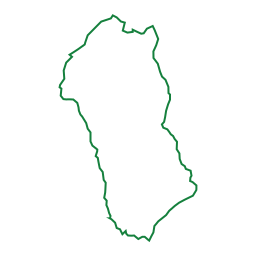 outline of Amargeti, Paphos, Cyprus
{"feature_id": "46923920B2584944489966", "entity_name": "Amargeti", "entity_type": "district", "adm_level": 2, "iso_a3": "CYP", "parent_name": "Cyprus", "parent_adm1": "Paphos", "projection": "equal_earth", "projection_center": [32.584, 34.817], "detail": "fine", "context": "isolated", "style": "outline", "palette": "green", "viewbox_px": 256, "rotation_deg": 0, "n_neighbors": 0, "source": "geoboundaries", "source_scale": "gbopen_adm2", "svg_char_len": 1623}
<svg xmlns="http://www.w3.org/2000/svg" viewBox="0 0 256 256"><path d="M59.6,87.3L61.4,88.6L61.0,92.8L60.7,95.7L63.4,99.1L66.2,99.4L69.2,99.3L73.3,99.5L77.3,102.9L78.5,107.3L78.9,110.7L80.4,114.5L82.2,116.6L86.2,123.1L87.7,128.7L90.5,132.4L90.5,137.8L90.5,141.4L92.4,145.6L97.3,149.5L97.2,151.3L95.7,156.1L97.8,157.9L98.4,161.5L99.7,168.1L102.7,172.0L103.7,179.9L105.7,182.7L105.4,189.2L105.2,192.4L104.2,197.8L106.7,200.7L106.4,205.1L107.9,208.5L109.1,213.0L110.5,215.9L110.0,218.3L109.8,218.3L111.4,219.2L115.1,222.7L116.7,228.0L120.0,229.3L122.4,234.2L125.7,231.0L126.2,233.6L128.0,235.5L131.7,235.7L134.1,235.5L138.3,239.0L142.3,236.8L144.7,236.8L148.4,240.0L149.2,240.6L151.3,236.3L153.4,232.4L154.4,226.0L156.2,223.9L158.3,221.3L166.1,215.1L169.2,210.8L174.8,205.9L179.1,202.7L184.9,199.6L192.9,195.7L196.3,190.1L196.4,188.8L196.4,185.4L192.6,182.1L190.1,181.0L190.4,177.6L191.5,175.7L190.6,170.7L185.8,168.9L184.8,166.2L181.6,164.0L179.7,159.0L179.4,153.4L176.7,149.2L177.0,141.8L174.6,138.9L173.1,136.0L170.8,134.3L169.3,132.0L167.3,129.3L163.3,127.7L161.9,124.4L164.1,121.9L165.1,117.2L166.1,110.8L168.1,104.3L170.0,99.7L170.0,96.1L170.0,94.5L168.5,93.1L168.4,86.9L165.5,79.8L162.0,76.6L160.1,71.8L157.8,63.7L153.5,58.0L153.4,51.4L156.2,45.3L158.2,39.0L154.7,30.2L152.7,26.0L146.9,28.7L143.7,33.3L141.2,33.7L136.2,31.4L132.7,29.7L132.7,31.9L127.4,32.6L122.8,30.6L124.8,22.6L120.9,21.5L116.7,17.4L112.8,15.4L110.9,18.4L101.2,21.6L94.1,28.8L87.7,35.3L85.2,42.6L84.7,44.5L78.0,49.3L73.1,52.5L69.6,54.7L72.0,56.8L66.2,62.6L63.7,70.5L64.3,78.8L60.1,84.9L59.6,87.3Z" fill="none" stroke="#15803d" stroke-width="2"/></svg>